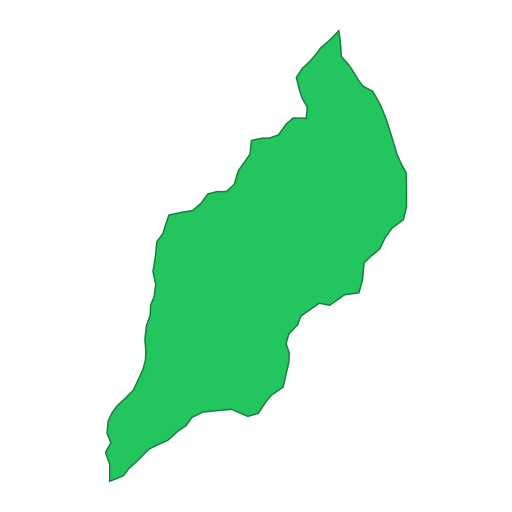 Alvinlândia, São Paulo, Brazil
{"feature_id": "56859067B75743484543184", "entity_name": "Alvinlândia", "entity_type": "district", "adm_level": 2, "iso_a3": "BRA", "parent_name": "Brazil", "parent_adm1": "São Paulo", "projection": "natural_earth1", "projection_center": [-49.762, -22.451], "detail": "fine", "context": "isolated", "style": "filled", "palette": "green", "viewbox_px": 512, "rotation_deg": 0, "n_neighbors": 0, "source": "geoboundaries", "source_scale": "gbopen_adm2", "svg_char_len": 1376}
<svg xmlns="http://www.w3.org/2000/svg" viewBox="0 0 512 512"><path d="M403.4,219.7L406.5,206.9L406.5,187.2L406.1,172.8L401.1,163.5L397.0,154.4L394.5,145.7L390.5,132.8L386.1,118.9L380.5,105.1L372.8,91.4L363.0,86.2L358.2,79.8L352.9,70.9L348.2,64.2L341.3,56.4L340.5,43.2L338.8,30.7L329.6,40.2L320.8,47.8L315.7,54.5L310.1,61.2L302.4,68.3L296.3,77.4L299.3,89.3L302.1,98.1L307.3,107.2L306.3,118.2L293.2,118.0L286.0,124.3L278.4,134.9L269.5,138.1L262.0,138.2L251.5,140.5L250.0,154.2L238.4,170.6L234.2,184.4L226.4,191.6L217.0,191.6L207.8,194.0L201.1,203.2L192.7,210.6L180.7,212.5L169.0,215.1L165.8,224.0L163.0,233.5L156.9,241.7L155.4,256.6L153.0,271.4L155.7,284.6L154.1,296.6L150.6,305.3L150.2,315.2L146.5,325.4L144.9,339.5L145.9,351.1L145.4,360.5L142.9,369.7L133.4,390.1L125.0,398.7L117.0,405.9L111.9,413.2L108.1,421.2L107.0,433.1L110.9,442.8L105.5,452.3L109.8,464.7L109.7,481.3L123.4,475.7L129.0,468.4L136.2,461.9L143.4,454.7L149.3,448.9L156.7,445.2L167.7,440.4L178.2,430.9L186.3,425.5L191.8,417.5L202.7,412.1L221.4,410.2L231.6,409.3L247.9,416.4L258.4,413.2L265.6,402.2L271.2,395.3L283.2,387.0L286.0,374.3L288.8,362.4L289.3,352.9L286.0,343.8L288.8,333.9L297.6,324.8L300.9,316.1L309.6,309.9L319.3,303.2L329.6,305.3L344.6,294.7L358.9,292.8L362.5,279.8L364.1,262.7L371.7,255.6L379.8,248.9L385.3,237.4L392.2,227.9L403.4,219.7Z" fill="#22c55e" stroke="#15803d" stroke-width="1.5"/></svg>